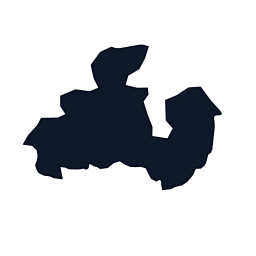 an SVG outline of Ludzas, rotated 298°
{"feature_id": "LVA-1065", "entity_name": "Ludzas", "entity_type": "Municipality", "adm_level": 1, "iso_a3": "LVA", "parent_name": "Latvia", "parent_adm1": "", "projection": "mercator", "projection_center": [27.798, 56.379], "detail": "fine", "context": "isolated", "style": "filled", "palette": "ink", "viewbox_px": 256, "rotation_deg": 298, "n_neighbors": 0, "source": "natural_earth", "source_scale": "10m", "svg_char_len": 1371}
<svg xmlns="http://www.w3.org/2000/svg" viewBox="0 0 256 256"><g transform="rotate(298 128 128)"><path d="M191.3,75.5L192.0,79.7L193.9,83.5L206.3,99.3L208.1,102.9L209.0,107.5L197.2,109.6L185.5,109.6L174.4,102.9L164.0,105.1L167.1,117.4L172.0,126.3L167.1,129.6L158.5,128.5L148.6,138.5L140.0,148.5L131.4,152.9L136.9,168.4L149.2,168.4L152.9,158.4L170.1,148.5L179.4,156.2L191.7,162.9L197.8,172.8L190.4,188.3L185.8,201.2L184.6,203.4L183.7,203.3L182.4,201.8L181.6,200.1L180.5,198.7L178.6,198.1L176.6,198.6L174.1,200.7L169.4,203.4L148.5,211.8L145.0,212.0L142.4,210.5L134.2,212.5L130.7,212.4L126.9,210.9L124.2,206.4L116.5,206.7L108.3,204.9L103.2,202.0L98.3,196.5L94.8,194.1L90.1,187.6L93.9,184.6L96.1,183.5L98.0,181.3L97.6,180.0L96.5,178.8L94.7,177.9L94.7,172.2L101.5,162.7L100.5,157.3L97.6,152.6L95.5,148.2L94.9,141.8L95.4,138.6L95.5,136.1L90.8,131.3L83.7,128.3L79.4,122.4L79.8,118.7L78.9,116.1L79.3,110.3L76.0,110.4L74.7,111.2L73.3,111.0L72.0,109.8L72.2,108.7L71.6,107.0L69.7,104.7L67.4,100.8L64.5,94.7L64.4,91.5L62.2,85.4L52.4,93.3L49.5,85.7L49.3,81.4L47.3,76.4L47.0,72.4L47.2,69.8L48.9,67.2L52.0,64.1L56.3,63.6L59.5,62.6L62.5,61.1L66.2,58.2L68.0,51.7L64.9,43.5L74.8,43.9L87.7,47.2L95.7,47.2L103.7,61.7L111.1,67.3L116.0,58.4L124.6,53.9L136.9,63.9L141.8,77.3L149.8,84.0L156.0,75.1L166.4,66.2L181.8,68.4L191.3,75.5Z" fill="#0f172a" stroke="#020617" stroke-width="1.5"/></g></svg>